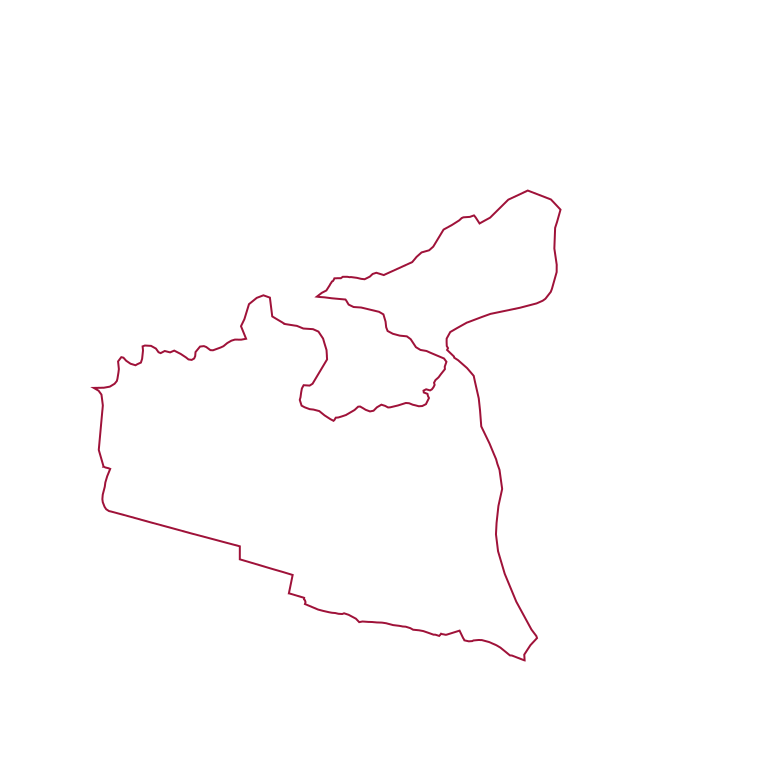 Bangui, Bangui, Central African Republic (Natural Earth projection), rotated 298°
{"feature_id": "33826404B58165985423079", "entity_name": "Bangui", "entity_type": "district", "adm_level": 2, "iso_a3": "CAF", "parent_name": "Central African Republic", "parent_adm1": "Bangui", "projection": "natural_earth1", "projection_center": [18.572, 4.378], "detail": "fine", "context": "isolated", "style": "outline", "palette": "rose", "viewbox_px": 768, "rotation_deg": 298, "n_neighbors": 0, "source": "geoboundaries", "source_scale": "gbopen_adm2", "svg_char_len": 4702}
<svg xmlns="http://www.w3.org/2000/svg" viewBox="0 0 768 768"><g transform="rotate(298 384 384)"><path d="M573.8,478.0L583.6,470.8L602.2,461.8L608.4,460.7L620.8,458.0L625.3,444.8L622.3,420.1L605.1,407.2L580.7,399.6L575.4,396.1L570.6,393.0L574.0,386.9L574.6,385.6L575.1,384.3L571.9,381.4L568.4,375.8L567.2,374.9L567.0,374.7L563.8,373.6L556.4,369.4L548.3,364.1L528.4,363.0L523.3,361.1L522.7,360.5L517.8,355.4L511.6,353.1L504.9,351.7L481.1,333.4L480.1,332.7L478.6,325.0L475.8,322.3L472.2,321.1L470.2,319.7L467.4,317.7L466.1,314.4L465.0,310.2L462.9,304.6L462.2,303.6L461.4,301.2L460.4,299.4L459.3,297.3L457.1,296.2L456.0,294.0L454.0,290.6L452.7,290.7L451.0,290.6L450.0,289.9L448.6,289.9L447.6,289.7L445.8,289.7L439.5,289.2L435.3,286.3L429.6,283.7L430.5,286.1L432.6,290.8L435.2,297.7L439.1,307.0L440.5,310.3L440.0,311.4L437.5,315.5L437.7,321.0L440.8,327.9L445.4,345.7L445.2,350.8L439.8,356.1L435.1,359.3L432.5,362.3L432.5,368.2L434.1,375.2L436.8,381.8L436.1,386.5L431.5,394.9L431.2,400.2L433.1,406.0L433.4,410.5L434.7,425.0L432.9,428.7L427.8,429.5L425.7,430.8L419.3,429.6L415.8,429.1L414.8,428.8L411.6,427.6L408.6,427.6L407.0,429.1L404.4,429.2L401.8,428.8L400.0,427.7L399.1,423.7L396.7,422.0L395.2,423.1L395.7,427.0L394.0,428.5L392.7,430.3L385.9,430.5L382.5,428.1L380.7,425.2L379.9,421.7L379.2,419.1L378.8,415.2L377.5,412.2L371.6,406.4L366.3,400.4L365.2,398.6L365.2,395.2L364.5,391.4L360.1,388.7L355.5,387.3L353.2,384.5L352.6,379.9L352.8,376.9L352.9,373.5L351.8,371.8L347.2,370.2L339.3,365.3L338.9,365.1L335.6,362.0L333.0,359.4L331.6,357.2L328.9,357.1L327.8,356.7L327.8,353.1L328.4,346.2L329.4,341.1L329.7,339.6L328.3,333.7L326.9,330.2L326.2,325.0L326.2,321.4L330.4,317.1L333.1,316.5L337.7,314.8L341.5,313.6L344.4,313.6L345.2,313.6L347.7,319.1L350.7,320.8L379.0,322.2L381.9,320.4L382.0,320.4L387.0,317.3L392.1,312.2L395.5,308.9L399.5,301.5L399.1,295.6L395.1,286.7L394.8,283.4L394.4,279.7L393.7,277.8L390.5,268.5L390.4,268.2L390.5,268.2L390.5,266.1L390.6,265.8L390.9,259.3L391.2,253.6L406.7,242.7L405.7,235.9L400.3,231.2L391.1,227.3L375.7,230.3L367.9,230.6L359.2,241.0L356.1,237.1L353.2,231.5L350.6,228.9L346.6,226.4L342.0,224.5L339.5,222.6L333.5,217.2L332.4,214.8L333.2,209.7L332.9,207.2L330.7,204.0L323.7,202.6L320.0,204.2L317.4,204.4L315.0,202.9L313.9,199.8L314.5,196.7L315.1,190.4L315.0,183.1L311.5,180.3L310.2,174.9L306.4,172.3L306.2,170.0L308.2,166.0L308.3,160.4L305.7,154.8L303.9,153.2L303.0,153.8L300.4,155.5L292.7,158.6L288.8,159.3L285.8,157.0L283.9,155.8L282.9,150.7L283.5,145.4L284.9,141.6L284.4,139.5L284.3,139.4L279.1,138.6L272.7,142.9L269.3,144.2L263.4,146.2L261.2,146.7L257.7,146.0L253.0,143.2L252.9,143.1L249.2,138.4L245.8,132.3L244.3,129.6L244.1,135.1L242.0,139.5L238.5,142.0L233.1,145.8L229.1,147.5L228.3,147.8L191.9,163.1L179.5,175.1L179.3,175.1L179.4,175.3L179.5,177.2L180.3,180.3L180.5,182.1L179.6,182.2L172.6,182.9L166.2,184.2L162.2,185.7L157.2,186.9L154.3,187.6L150.1,189.4L147.6,191.2L145.1,194.1L144.4,194.9L143.0,197.5L142.7,200.8L142.9,201.6L143.2,202.6L146.3,216.1L152.2,242.6L157.3,264.9L161.4,283.2L167.7,310.1L169.7,318.8L173.0,332.9L164.9,337.2L161.5,339.0L162.7,344.8L167.0,366.0L168.5,373.4L170.5,382.8L172.5,393.0L160.0,396.7L154.5,398.3L154.6,398.5L157.7,413.9L156.3,414.5L155.9,415.8L155.0,416.6L154.8,416.9L154.6,417.1L152.6,417.5L153.9,431.7L155.1,436.8L156.7,442.7L157.6,445.5L158.9,448.5L159.7,451.6L161.3,455.1L162.8,456.4L163.6,461.1L163.6,469.4L162.1,473.9L164.2,476.5L166.6,481.9L168.2,485.1L170.1,489.6L172.2,493.9L172.5,494.6L173.8,498.3L174.2,500.1L174.8,502.6L175.4,505.2L177.6,510.9L178.4,513.4L178.7,514.5L179.1,515.3L179.9,517.1L180.8,521.9L180.7,525.0L183.0,530.6L184.3,534.7L185.1,539.8L185.6,543.2L185.9,545.3L186.3,546.1L186.7,546.8L187.0,548.3L187.5,551.0L188.9,551.4L190.3,551.6L190.4,552.6L191.0,554.4L191.3,555.5L191.6,556.4L192.3,557.2L194.9,559.8L201.7,566.5L196.7,573.3L196.2,574.3L195.4,575.3L196.6,579.7L198.5,582.7L199.5,583.3L202.2,587.4L203.8,590.5L205.5,597.9L206.1,605.9L205.9,610.5L203.5,622.6L204.3,624.4L205.9,637.6L206.0,637.9L210.9,634.9L216.8,635.4L222.2,635.9L231.5,638.4L233.0,636.8L236.4,629.5L253.9,603.0L273.1,579.7L289.9,563.2L303.9,553.4L314.2,548.6L330.0,542.3L346.8,537.6L362.4,526.3L366.8,521.5L370.2,518.3L374.0,513.6L381.0,505.1L392.2,489.8L405.6,481.3L415.8,474.4L429.0,463.0L433.3,459.4L436.8,450.5L437.1,449.7L439.5,439.5L439.8,438.3L440.2,433.6L441.1,432.9L443.7,423.7L445.7,423.7L447.0,421.6L450.6,419.5L453.5,418.0L461.0,418.1L467.9,422.4L477.2,428.4L477.9,429.1L489.4,439.2L496.0,445.2L496.4,445.7L496.8,446.2L515.1,468.2L526.8,480.9L532.0,485.0L535.0,486.5L543.6,488.0L546.9,487.6L551.0,486.7L563.9,483.9L569.8,480.8L570.1,480.7L570.4,480.5L573.8,478.0Z" fill="none" stroke="#9f1239" stroke-width="2"/></g></svg>